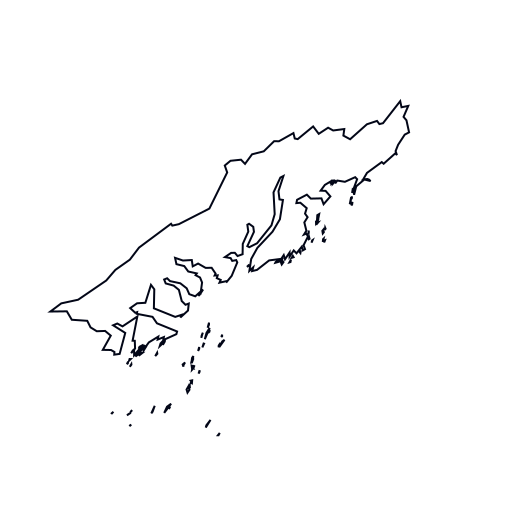 Reykhólahreppur, Vestfirðir, Iceland, rotated 316°
{"feature_id": "244011B19971250001035", "entity_name": "Reykhólahreppur", "entity_type": "district", "adm_level": 2, "iso_a3": "ISL", "parent_name": "Iceland", "parent_adm1": "Vestfirðir", "projection": "robinson", "projection_center": [-22.458, 65.5], "detail": "fine", "context": "isolated", "style": "outline", "palette": "ink", "viewbox_px": 512, "rotation_deg": 316, "n_neighbors": 0, "source": "geoboundaries", "source_scale": "gbopen_adm2", "svg_char_len": 6169}
<svg xmlns="http://www.w3.org/2000/svg" viewBox="0 0 512 512"><g transform="rotate(316 256 256)"><path d="M469.8,253.8L464.0,250.1L467.3,244.8L439.6,248.7L436.4,246.8L436.9,242.9L427.3,238.3L404.8,237.4L402.5,230.1L407.7,226.0L398.7,219.3L397.0,213.8L386.0,211.7L387.1,202.5L367.2,200.9L365.5,198.4L368.3,193.6L352.2,189.4L348.8,186.0L334.3,186.1L323.8,180.1L312.1,182.1L312.1,176.3L303.8,169.8L296.4,169.2L293.3,175.9L255.4,189.5L222.6,179.5L216.9,176.0L217.3,173.8L177.7,168.7L162.7,171.0L145.2,168.3L131.2,169.6L97.7,163.9L83.0,154.8L69.5,153.1L81.5,164.4L79.2,173.9L89.6,185.4L87.4,192.4L89.2,199.5L95.4,205.1L96.2,212.4L80.6,217.1L86.4,222.9L87.5,226.7L85.5,228.5L89.9,231.7L108.5,220.5L105.1,206.6L109.3,208.2L111.1,213.9L128.6,217.1L108.4,231.2L109.9,232.8L104.7,238.6L101.7,238.4L98.7,239.2L103.2,238.8L99.4,242.7L109.2,241.8L104.3,242.8L103.7,243.9L105.1,243.2L111.0,243.0L110.3,241.4L107.2,241.1L109.2,240.4L112.3,241.3L111.1,243.1L114.0,242.5L110.0,245.3L118.9,243.7L129.7,246.1L127.2,247.8L133.4,250.3L130.3,252.4L126.6,252.6L124.1,254.0L130.1,254.1L127.9,254.7L127.3,255.2L130.9,254.2L132.7,252.7L144.4,256.9L146.8,255.5L138.0,235.6L139.3,227.9L130.1,214.8L131.5,213.8L129.7,213.0L129.3,206.1L137.6,207.4L143.9,212.8L160.4,203.8L159.7,209.3L146.2,222.7L155.6,243.7L161.6,246.6L158.9,247.7L169.2,248.0L174.6,243.5L171.4,242.1L171.3,236.8L177.0,226.8L176.2,220.1L172.0,213.0L173.6,209.1L176.6,210.3L176.7,214.3L182.6,223.1L183.7,231.1L181.5,237.1L184.3,242.8L191.8,243.1L198.8,237.6L200.8,232.6L199.2,227.8L201.3,227.4L196.5,220.1L197.4,213.4L193.1,206.6L196.5,201.1L200.3,208.5L207.0,214.3L203.3,219.5L209.1,221.2L211.5,229.5L215.9,233.7L214.7,240.6L212.7,241.3L215.0,243.3L212.4,244.7L214.0,248.7L211.2,249.8L218.0,254.0L216.0,254.4L224.7,253.4L238.1,247.6L238.9,245.2L235.5,243.0L236.3,239.9L232.9,235.2L240.3,236.5L243.0,239.0L242.7,243.2L247.6,245.4L254.9,238.1L267.4,233.1L271.5,227.5L273.4,228.0L274.3,233.1L271.3,237.2L256.6,242.9L257.3,245.0L265.6,247.6L288.4,244.7L298.5,238.9L312.8,222.4L328.0,216.5L331.3,217.5L317.2,225.0L312.2,231.6L314.3,234.4L298.7,246.2L284.7,250.0L262.6,251.1L250.5,254.8L240.9,262.1L246.1,262.2L242.8,264.2L247.1,266.7L262.4,268.3L272.2,275.6L276.6,274.6L274.6,278.5L282.6,276.8L279.7,279.8L287.0,278.2L287.0,282.2L295.4,281.1L293.6,284.5L296.0,285.1L297.7,281.3L306.9,278.1L307.8,274.9L305.4,273.9L309.8,272.8L314.1,265.4L320.1,263.9L320.7,259.6L325.7,256.8L324.9,248.5L321.8,246.0L324.6,244.1L335.2,247.2L335.3,252.8L343.1,260.0L340.6,265.7L350.9,264.8L351.3,257.5L347.9,253.9L354.9,252.7L363.1,254.6L364.5,255.8L362.1,257.4L366.0,257.2L363.4,258.8L366.9,258.2L371.5,264.4L382.1,268.2L382.1,271.0L372.3,275.7L369.1,280.1L376.5,275.5L386.7,276.2L385.3,275.6L393.6,273.3L411.7,275.8L411.9,278.3L427.6,278.9L427.5,281.3L429.3,277.5L435.5,274.7L447.3,272.0L452.0,273.4L458.5,262.9L458.8,258.4L469.8,253.8ZM92.3,303.3L87.3,302.6L81.0,305.1L92.3,303.3ZM161.4,280.3L172.8,275.5L167.0,276.9L161.4,280.3ZM116.5,302.9L113.3,303.8L111.8,306.7L115.2,306.0L116.5,302.9ZM330.6,269.7L328.5,269.2L325.3,272.1L326.5,272.6L330.6,269.7ZM271.8,277.3L269.4,278.1L268.6,280.0L271.4,279.5L271.8,277.3ZM110.5,243.7L106.2,243.6L105.1,244.1L105.2,244.5L104.0,244.2L100.6,244.2L99.5,244.6L103.8,244.8L110.5,243.7ZM107.0,246.8L105.6,245.5L102.4,246.3L107.0,246.8ZM274.0,276.3L268.3,275.7L269.2,276.5L274.0,276.3ZM54.2,281.1L52.5,281.0L57.1,281.8L54.2,281.1ZM322.8,283.8L321.2,284.0L319.7,286.2L321.3,286.0L322.8,283.8ZM109.4,342.3L102.7,343.3L100.7,344.5L109.4,342.3ZM360.7,283.6L365.4,279.7L359.5,283.8L360.7,283.6ZM141.4,284.4L139.2,284.9L137.2,286.5L139.3,286.1L141.4,284.4ZM175.1,294.4L172.4,294.0L166.3,296.0L175.1,294.4ZM133.0,293.3L135.8,291.9L133.1,292.2L132.9,292.9L132.6,292.2L131.0,293.4L133.0,293.3ZM73.4,296.2L79.1,293.4L71.4,296.5L73.4,296.2ZM307.2,283.8L305.2,285.0L307.8,283.9L307.2,283.8ZM269.6,274.7L266.9,273.9L268.6,274.8L266.0,274.0L265.2,274.3L267.8,275.7L269.6,274.7ZM131.0,283.3L127.9,283.1L126.9,285.2L127.9,284.2L131.0,283.3ZM139.9,286.2L136.6,286.9L135.4,287.7L136.0,288.1L139.9,286.2ZM157.7,283.0L157.5,282.6L153.9,284.5L157.7,283.0ZM194.6,243.4L192.1,243.1L190.5,244.3L194.6,243.4ZM324.0,275.0L322.7,274.4L321.0,275.3L324.0,275.0ZM282.2,283.0L282.6,281.5L280.4,282.1L282.2,283.0ZM104.5,358.9L107.0,358.1L104.1,358.5L104.5,358.9ZM165.7,295.7L170.1,293.8L167.0,294.5L165.7,295.7ZM290.0,284.7L292.1,283.2L290.1,283.6L290.0,284.7ZM310.3,275.7L311.6,274.3L308.5,277.0L310.3,275.7ZM109.4,246.0L112.9,245.1L114.8,244.7L109.7,245.6L109.4,246.0ZM371.6,275.8L371.6,275.4L368.9,277.4L371.6,275.8ZM89.2,244.2L90.7,243.1L88.0,244.1L89.2,244.2ZM324.3,273.6L323.1,272.9L322.0,274.1L324.3,273.6ZM123.7,301.1L122.4,300.3L122.1,302.5L123.7,301.1ZM244.4,257.5L242.0,257.5L244.6,258.3L244.4,257.5ZM117.3,304.4L119.4,301.8L116.6,303.4L117.3,304.4ZM148.4,284.1L150.7,283.3L151.9,282.0L148.4,284.1ZM316.6,290.5L315.9,290.5L313.8,292.3L316.6,290.5ZM117.1,257.8L117.7,256.9L114.0,258.0L117.1,257.8ZM190.6,243.6L187.5,244.6L186.8,244.7L188.9,244.7L189.9,244.2L190.1,244.4L190.6,243.6ZM390.5,281.7L390.3,279.4L389.5,277.9L388.0,276.7L387.1,276.3L390.5,281.7ZM361.0,257.0L361.5,255.8L360.2,256.7L361.0,257.0ZM45.2,269.0L42.8,268.9L42.2,269.2L45.2,269.0ZM169.9,278.1L171.4,276.9L168.2,278.1L169.9,278.1ZM159.8,276.9L162.3,275.4L164.5,274.2L161.6,275.5L159.8,276.9ZM94.3,243.1L93.5,242.3L92.1,243.1L94.3,243.1ZM276.6,284.3L278.6,282.9L275.6,283.8L276.6,284.3ZM364.1,281.3L365.3,280.9L366.4,279.7L364.1,281.3ZM121.8,301.7L121.2,301.8L120.0,302.7L121.8,301.7ZM359.6,255.6L361.5,255.4L361.6,254.8L359.6,255.6ZM133.0,300.7L135.0,300.1L136.1,299.0L133.0,300.7ZM316.6,292.6L315.7,292.2L314.5,293.6L316.6,292.6ZM175.9,290.2L177.0,289.0L174.8,290.2L175.9,290.2ZM134.1,291.1L133.6,290.1L132.8,291.2L134.1,291.1ZM307.5,279.0L306.0,279.7L305.6,280.6L306.5,280.8L307.5,279.0ZM88.3,248.0L90.9,247.6L91.2,247.2L88.3,248.0ZM359.7,286.0L361.1,285.6L363.0,284.1L359.7,286.0ZM58.8,280.8L57.0,281.1L59.8,280.9L58.8,280.8ZM323.6,285.1L325.0,284.7L325.4,283.7L323.6,285.1ZM171.4,274.0L174.4,272.8L175.9,271.3L171.4,274.0ZM49.1,290.7L47.8,290.3L46.8,290.5L49.1,290.7ZM88.9,305.0L89.3,304.6L87.0,305.5L88.9,305.0Z" fill="none" stroke="#020617" stroke-width="2"/></g></svg>